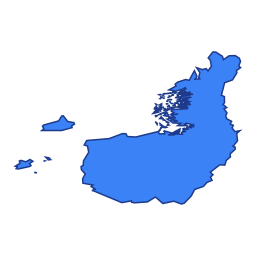 outline of Westport Lea-4, Mayo, Ireland
{"feature_id": "5873133B76630404476162", "entity_name": "Westport Lea-4", "entity_type": "district", "adm_level": 2, "iso_a3": "IRL", "parent_name": "Ireland", "parent_adm1": "Mayo", "projection": "natural_earth1", "projection_center": [-9.682, 53.797], "detail": "fine", "context": "isolated", "style": "filled", "palette": "blue", "viewbox_px": 256, "rotation_deg": 0, "n_neighbors": 0, "source": "geoboundaries", "source_scale": "gbopen_adm2", "svg_char_len": 6000}
<svg xmlns="http://www.w3.org/2000/svg" viewBox="0 0 256 256"><path d="M168.9,89.9L173.8,90.7L172.6,92.2L174.4,93.3L176.5,92.8L174.6,91.6L180.8,89.5L181.0,91.0L178.5,92.8L180.7,92.9L183.0,90.9L182.2,89.4L185.2,87.6L185.9,88.8L183.5,90.6L187.2,92.7L185.6,92.2L176.6,94.9L188.3,93.5L187.2,92.7L190.5,91.8L188.9,93.1L193.0,94.4L183.9,94.3L180.9,95.8L186.9,94.6L188.8,95.6L178.7,97.0L182.3,98.4L191.4,97.2L182.0,99.7L188.2,99.9L176.3,101.5L188.2,101.2L189.5,101.6L183.8,103.0L189.0,103.2L190.7,105.1L186.8,103.3L179.6,104.2L188.3,104.8L184.9,105.7L188.5,107.8L183.2,106.4L181.0,107.1L185.7,107.4L184.9,108.1L180.6,107.5L180.7,106.6L183.0,106.0L178.5,104.6L179.4,105.9L176.6,107.0L187.9,108.7L171.7,109.6L171.3,111.2L173.8,112.3L170.9,114.4L178.1,114.0L171.3,115.1L175.8,118.2L168.9,116.6L168.8,117.9L177.7,121.1L174.8,121.5L171.2,119.1L172.1,119.9L170.1,120.4L171.3,120.9L169.7,120.7L172.8,122.9L180.9,123.4L177.7,125.6L187.7,125.7L184.6,124.1L186.7,123.2L192.0,124.7L190.6,125.7L192.8,126.5L193.6,125.2L193.7,126.6L192.9,126.7L188.7,125.7L191.7,126.4L191.3,127.8L187.4,126.9L186.3,128.2L188.8,129.0L183.1,129.6L182.9,131.1L186.0,131.2L181.6,132.4L182.3,134.3L176.4,133.9L174.2,132.6L176.6,132.3L175.5,131.8L175.8,131.6L177.9,132.7L178.5,132.6L177.2,131.8L179.7,131.4L180.0,128.9L174.1,132.0L174.0,132.6L174.9,134.4L174.3,134.8L168.2,135.1L173.3,133.5L166.0,131.3L164.4,131.6L164.7,133.8L159.5,133.9L158.1,131.7L159.6,130.8L160.7,128.6L158.4,131.5L135.8,137.0L127.3,136.5L126.0,133.7L122.5,133.6L109.1,138.6L86.7,140.5L84.2,145.0L87.5,146.0L88.7,152.3L83.5,160.8L83.2,165.3L81.1,166.5L81.4,169.6L85.2,174.0L82.6,178.8L82.9,183.2L92.8,185.0L91.1,186.6L96.0,189.6L93.7,188.8L93.2,190.7L121.7,202.6L131.5,200.9L131.6,202.3L134.5,202.8L147.5,201.9L155.4,197.0L162.9,203.5L173.8,201.2L181.4,204.0L184.1,203.3L191.3,195.9L194.6,189.5L203.4,186.4L207.0,182.4L212.1,180.3L210.4,177.2L213.0,174.8L210.3,172.2L219.8,164.8L224.8,165.1L226.3,160.4L230.5,156.8L230.0,154.1L235.2,149.2L235.1,147.1L233.0,146.3L237.5,140.8L236.7,133.4L239.9,130.7L235.0,131.6L232.1,128.0L233.3,125.3L230.1,123.9L231.6,121.3L226.7,118.8L225.7,115.6L227.0,112.9L224.0,108.7L226.7,107.6L223.1,104.5L224.5,102.7L224.4,96.6L221.4,95.3L224.6,82.7L232.5,79.9L236.9,72.8L236.4,70.6L240.6,67.6L238.7,66.1L240.5,61.4L239.3,58.2L235.2,55.6L229.1,55.8L223.5,59.6L222.4,56.3L215.7,52.0L212.8,52.0L208.2,57.9L210.3,60.2L211.4,66.3L208.0,70.9L206.2,68.6L202.3,69.6L196.6,67.7L199.8,72.4L198.7,78.0L200.5,78.8L195.0,79.2L197.0,76.5L194.4,70.7L189.2,80.3L185.7,79.5L177.7,82.1L175.1,84.2L176.1,86.0L168.9,89.9ZM58.7,120.9L43.8,125.0L42.5,126.1L43.9,128.8L41.8,130.5L61.7,130.5L72.1,127.6L71.6,126.0L74.5,124.1L73.9,122.6L67.7,121.5L63.3,115.8L61.7,116.0L58.7,120.9ZM29.5,163.6L32.9,161.3L30.0,159.5L25.9,161.8L21.0,160.4L19.3,161.1L20.1,163.2L15.4,166.2L17.3,166.5L16.1,168.6L18.2,169.0L29.6,166.5L31.0,165.6L29.5,163.6ZM168.6,115.1L166.1,112.2L161.4,113.3L166.6,113.0L163.8,115.5L167.1,116.4L168.6,115.1ZM158.8,110.3L162.4,108.9L159.9,109.3L156.6,111.9L154.8,112.3L156.0,111.6L157.0,110.1L155.7,110.3L153.0,113.5L158.9,112.1L158.8,110.3ZM45.7,157.2L48.4,159.9L50.7,159.6L49.0,157.8L45.7,157.2ZM167.5,109.2L163.3,110.8L169.0,109.7L167.5,109.2ZM169.5,107.4L171.9,108.2L175.5,107.3L169.5,107.4ZM175.1,104.5L172.3,105.5L175.2,105.7L175.1,104.5ZM180.2,98.1L177.9,99.6L180.8,99.7L180.2,98.1ZM154.3,108.9L157.8,109.0L158.6,108.4L154.6,108.4L156.9,107.6L156.2,106.3L154.6,107.9L154.3,108.9ZM159.7,118.6L163.0,118.7L161.2,116.8L159.7,118.6ZM179.1,103.6L177.1,102.8L174.2,103.0L179.1,103.6ZM168.2,119.9L169.0,118.8L167.1,119.1L168.2,119.9ZM161.7,105.1L161.7,103.7L159.5,104.9L161.7,105.1ZM168.0,122.0L165.6,121.6L169.3,123.3L168.0,122.0ZM158.2,115.1L155.9,115.9L155.0,115.2L155.9,116.7L158.2,115.1ZM167.6,124.4L167.2,125.4L168.9,125.0L167.6,124.4ZM159.2,108.3L162.0,107.5L164.0,107.3L162.6,107.1L159.2,108.3ZM166.6,127.3L165.1,126.7L163.9,127.5L165.5,127.7L166.6,127.3ZM162.4,126.8L161.1,127.3L160.6,128.1L160.8,128.6L162.4,126.8ZM165.7,103.9L167.6,104.0L168.4,103.7L165.7,103.9ZM168.0,106.8L170.0,106.8L166.8,106.3L168.0,106.8ZM168.6,95.7L169.9,96.7L170.6,96.3L168.6,95.7ZM166.2,120.7L163.2,119.7L162.4,119.8L166.2,120.7ZM36.0,172.4L34.2,172.4L36.8,173.0L36.0,172.4ZM181.8,102.4L180.1,102.9L182.5,102.9L181.8,102.4ZM174.9,97.6L177.0,97.9L178.5,97.4L174.9,97.6ZM172.1,99.8L170.6,99.4L167.1,100.0L168.5,99.8L172.1,99.8ZM157.1,124.5L157.4,123.6L155.3,121.5L157.1,124.5ZM165.2,108.5L163.3,108.8L166.0,109.0L165.2,108.5ZM161.0,114.6L160.5,113.7L159.2,114.5L161.0,114.6ZM164.9,93.8L168.7,93.5L168.9,93.2L164.9,93.8ZM172.4,93.1L170.1,92.8L169.9,93.2L172.4,93.1ZM174.0,95.1L172.7,94.6L171.2,95.4L174.0,95.1ZM161.2,124.9L159.6,125.0L161.2,125.3L161.2,124.9ZM161.3,94.9L160.1,94.4L159.1,94.7L160.0,95.0L161.3,94.9ZM155.8,104.1L156.3,104.9L156.8,104.5L155.8,104.1ZM166.2,101.2L167.8,101.4L168.4,101.3L166.2,101.2ZM178.2,95.9L176.7,96.3L179.0,96.0L178.2,95.9ZM164.0,94.3L164.1,93.7L163.2,94.1L164.0,94.3ZM160.1,96.6L161.2,97.5L161.7,97.3L160.1,96.6ZM162.5,98.2L164.3,98.2L164.7,98.0L162.5,98.2ZM167.0,108.5L168.6,108.9L168.8,108.7L167.0,108.5ZM161.7,106.7L160.3,106.3L159.8,106.6L161.7,106.7ZM163.3,126.2L162.5,125.5L162.0,126.2L163.3,126.2ZM163.4,95.8L161.8,95.8L163.5,95.9L163.4,95.8ZM163.3,131.6L164.5,130.9L165.0,131.0L164.6,130.8L163.3,131.6ZM169.1,101.6L170.3,102.0L170.7,101.9L169.1,101.6ZM176.2,133.5L177.5,133.1L177.1,132.5L176.2,133.5ZM171.0,103.2L171.4,103.6L172.0,103.4L171.0,103.2ZM43.6,160.7L44.3,161.1L44.8,160.9L43.6,160.7ZM171.4,108.4L170.4,108.7L171.8,108.6L171.4,108.4ZM184.6,128.9L184.5,128.3L183.7,128.5L184.6,128.9ZM168.0,97.5L169.3,97.5L167.4,97.4L168.0,97.5ZM167.8,110.7L167.0,110.4L166.6,110.7L167.8,110.7ZM169.9,105.7L169.1,105.4L168.8,105.6L169.9,105.7ZM159.7,123.2L159.3,123.4L159.9,123.4L159.7,123.2ZM160.8,98.4L160.4,98.6L161.3,98.7L160.8,98.4ZM183.7,91.6L183.4,91.8L184.3,91.7L183.7,91.6ZM160.3,111.4L161.2,111.4L160.7,111.2L160.3,111.4ZM92.8,190.7L92.5,190.4L91.9,190.5L92.8,190.7Z" fill="#3b82f6" stroke="#1e3a8a" stroke-width="1.5"/></svg>